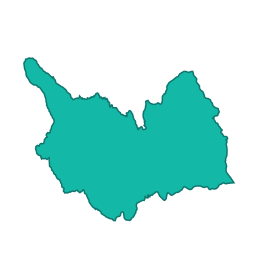 Port-Berge (Boriziny-Vaovao), Sofia, Madagascar, rotated 167°
{"feature_id": "10022922B55197674782137", "entity_name": "Port-Berge (Boriziny-Vaovao)", "entity_type": "district", "adm_level": 2, "iso_a3": "MDG", "parent_name": "Madagascar", "parent_adm1": "Sofia", "projection": "equal_earth", "projection_center": [47.778, -15.801], "detail": "fine", "context": "isolated", "style": "filled", "palette": "teal", "viewbox_px": 256, "rotation_deg": 167, "n_neighbors": 0, "source": "geoboundaries", "source_scale": "gbopen_adm2", "svg_char_len": 5847}
<svg xmlns="http://www.w3.org/2000/svg" viewBox="0 0 256 256"><g transform="rotate(167 128 128)"><path d="M212.3,218.1L212.8,216.5L214.3,215.5L214.9,214.2L215.4,209.2L214.9,205.4L215.3,202.7L215.2,200.9L214.2,198.8L212.9,194.3L210.2,191.2L207.6,190.4L206.4,188.1L205.6,187.9L204.6,186.8L202.9,182.3L202.0,180.7L201.5,174.2L201.9,171.9L201.7,170.4L202.2,168.4L201.8,167.5L201.9,166.6L201.6,166.2L201.7,165.2L200.8,163.8L201.1,162.1L200.5,161.3L200.2,159.6L200.2,158.3L199.4,156.8L199.2,154.8L198.5,153.5L198.4,150.9L198.8,150.1L202.2,146.5L202.6,145.0L204.4,142.9L204.9,141.1L205.5,140.9L207.3,141.5L208.8,140.4L209.3,139.3L208.9,137.2L210.1,137.0L212.1,135.4L212.5,134.0L213.5,132.2L213.9,131.9L215.0,131.9L215.6,132.3L216.7,132.4L217.7,131.8L218.5,130.4L220.0,131.4L221.7,130.8L222.1,130.1L222.0,129.6L222.7,128.5L222.5,125.7L222.6,123.7L221.6,122.1L219.4,120.5L219.4,118.6L219.1,117.2L218.4,117.6L216.6,116.9L215.7,116.9L215.0,116.7L214.0,115.6L211.6,116.7L213.0,108.3L211.7,106.6L211.8,104.1L210.5,102.4L210.6,100.5L210.1,99.5L209.3,99.0L208.3,94.6L207.8,94.3L207.4,93.5L206.3,93.1L205.7,89.4L205.3,88.5L205.6,85.5L205.3,84.8L204.3,84.2L204.0,83.6L204.2,82.6L204.8,82.1L205.1,81.1L204.1,78.8L203.0,79.1L202.3,78.5L200.6,78.4L199.3,79.0L198.8,78.5L196.1,79.1L194.5,78.2L191.7,78.9L191.2,78.6L191.0,77.6L189.4,75.8L188.6,76.4L187.5,76.4L185.8,77.8L185.2,77.8L184.9,77.0L184.9,74.0L183.6,72.9L183.1,69.3L182.3,66.2L182.5,64.6L180.8,60.3L179.8,58.5L178.8,57.5L178.1,56.1L177.2,56.8L175.9,55.0L175.7,55.4L175.4,55.2L173.2,52.3L173.2,50.8L173.0,50.4L169.9,47.3L169.4,46.4L166.2,43.9L163.9,42.9L162.9,41.1L161.3,40.6L160.3,42.4L159.3,43.5L158.3,44.0L156.2,43.9L155.4,44.3L155.0,44.6L154.4,46.3L152.9,47.5L152.2,47.5L151.7,47.1L151.4,46.2L151.9,41.4L151.3,39.7L150.2,38.6L148.1,38.2L147.1,37.6L146.1,37.8L144.7,39.3L142.9,40.1L141.3,41.6L140.5,43.0L139.7,43.4L138.7,45.7L137.6,46.5L137.3,48.2L137.5,49.8L136.8,52.0L136.2,52.7L130.7,54.1L129.8,54.2L128.6,53.8L127.8,54.6L126.7,57.4L126.3,57.3L125.8,55.9L124.4,55.4L123.9,55.7L124.1,57.5L123.7,58.1L123.1,57.9L122.5,56.3L122.2,56.1L121.3,57.5L119.3,57.1L118.4,58.0L116.9,58.4L115.1,59.5L113.3,58.8L112.5,54.7L110.0,50.7L109.2,49.6L108.6,49.3L107.3,49.9L106.7,50.6L104.9,54.7L104.2,55.7L103.8,55.9L103.1,55.5L101.3,53.0L100.5,52.6L98.6,53.1L95.9,54.3L93.5,54.1L92.5,54.4L89.2,55.8L87.8,57.4L86.9,57.9L86.0,58.0L82.3,54.5L81.2,54.0L79.7,54.1L78.0,55.5L77.1,55.9L74.6,56.2L70.4,55.2L68.3,53.5L67.0,52.9L64.4,53.2L63.5,52.4L62.7,50.0L61.8,49.5L59.9,50.1L57.6,49.1L55.5,49.1L53.5,50.3L51.9,52.1L49.7,52.4L47.5,53.2L45.3,51.7L41.0,51.4L37.1,50.8L39.3,56.6L41.6,61.5L42.1,63.4L42.1,64.2L41.7,66.1L40.6,68.4L40.5,69.1L40.8,73.7L40.1,74.4L39.8,76.2L38.2,78.4L37.6,79.8L36.5,84.1L36.0,87.7L36.1,90.3L34.7,92.0L34.7,93.5L35.2,93.9L35.2,94.3L33.9,94.7L33.4,95.2L33.3,96.3L33.8,97.2L34.4,97.7L36.0,98.0L36.6,98.4L37.5,101.4L38.4,102.2L38.5,103.4L38.2,103.9L37.1,104.2L36.8,104.7L36.8,105.2L37.8,106.4L38.3,108.1L39.5,110.2L39.5,112.1L39.9,112.6L41.0,112.9L42.1,116.5L43.2,118.4L42.9,118.8L42.3,118.2L41.9,118.4L41.9,119.3L41.4,119.9L39.5,120.1L38.7,119.8L37.5,120.3L37.1,121.6L35.7,122.8L35.5,123.7L35.9,125.1L35.7,126.3L36.0,126.8L37.6,127.6L39.9,129.9L40.2,130.9L40.3,133.3L41.2,134.7L41.4,136.8L41.7,137.3L43.1,138.3L43.4,138.8L44.7,139.1L45.6,139.6L46.5,141.2L46.3,142.6L46.8,146.1L47.2,146.9L48.4,148.0L49.2,149.8L49.3,151.1L48.9,153.0L50.9,157.3L50.9,158.3L50.2,159.7L50.1,160.8L52.2,164.6L52.2,165.6L52.0,166.3L52.2,168.5L52.8,168.8L56.9,168.6L58.3,169.8L60.7,170.6L65.4,169.1L67.5,166.9L69.5,166.6L73.3,164.7L77.6,163.1L80.6,160.1L81.0,158.9L81.1,157.3L82.9,155.2L83.8,153.3L84.3,153.0L84.8,153.2L85.2,153.0L85.5,152.5L86.7,151.8L87.6,150.5L88.5,146.4L89.8,144.3L91.3,143.8L91.7,144.6L93.2,145.8L95.4,144.9L96.5,145.2L97.4,145.0L100.8,147.0L101.4,147.9L102.4,150.4L104.7,150.0L105.3,146.1L105.8,145.7L106.9,142.8L109.4,140.1L109.5,138.8L110.2,138.2L110.3,137.4L110.7,135.0L110.2,131.4L109.9,130.7L110.1,130.3L110.6,130.5L110.8,128.3L111.1,127.5L111.0,127.0L111.7,126.9L111.0,125.5L110.4,124.9L110.3,124.0L111.3,123.0L113.5,123.0L113.8,123.3L114.2,125.9L114.9,126.3L116.1,125.4L117.5,125.5L118.1,124.3L118.4,124.2L118.8,125.7L119.0,129.3L119.8,130.3L119.3,132.0L119.3,133.0L120.3,135.3L120.5,140.4L121.1,142.0L121.4,143.4L122.0,144.3L122.6,144.6L123.1,144.4L124.5,142.8L125.6,143.0L126.3,142.8L126.4,142.2L126.0,141.5L126.1,140.0L127.2,139.5L127.6,140.5L129.4,141.2L130.2,142.3L131.2,142.4L131.9,143.4L132.0,144.6L133.5,146.4L134.8,150.3L138.3,151.3L138.5,152.0L138.2,153.5L138.5,154.1L139.1,154.2L140.0,153.6L140.9,151.9L140.9,152.7L140.5,153.4L141.0,155.0L140.5,155.6L140.4,157.0L141.1,158.0L141.7,158.1L141.5,158.8L141.7,159.1L141.5,160.2L142.0,161.5L143.3,160.9L143.9,161.5L143.7,162.7L144.8,162.4L144.8,163.0L145.0,163.0L145.0,162.5L145.8,162.0L146.0,162.4L146.4,162.2L146.8,162.8L146.9,163.7L147.2,164.1L147.6,163.6L148.1,164.0L148.5,163.9L148.6,165.9L149.1,166.6L148.9,167.5L149.3,167.7L149.5,168.5L150.1,169.0L151.8,168.4L153.2,166.8L154.2,166.9L154.4,166.1L155.3,166.4L155.9,166.0L156.2,166.4L156.8,166.6L157.9,165.5L158.5,165.9L159.3,165.4L160.7,166.5L161.0,166.2L161.1,165.5L161.8,165.1L163.5,165.9L163.8,166.4L164.9,166.4L165.5,167.1L165.9,166.8L166.0,167.4L166.7,167.0L166.9,168.0L168.0,170.1L168.7,168.6L169.7,167.8L170.2,168.5L171.9,168.6L175.1,167.9L175.5,168.5L175.8,169.5L176.6,170.3L176.7,173.7L179.1,176.4L179.9,179.1L182.3,182.3L184.1,183.8L184.9,184.9L185.6,185.2L185.9,186.0L186.8,186.6L188.1,188.2L188.2,191.2L188.9,192.1L189.5,195.3L189.6,194.6L190.4,193.8L193.8,199.2L194.8,199.9L195.6,199.7L196.0,200.9L196.6,201.9L197.6,202.3L198.7,205.6L200.0,206.2L200.3,207.5L200.9,208.5L201.2,210.1L202.0,211.0L202.2,213.6L202.6,214.6L204.1,215.7L204.5,216.8L205.5,217.6L207.0,217.6L208.3,218.4L209.8,218.3L211.2,217.9L212.3,218.1Z" fill="#14b8a6" stroke="#0f766e" stroke-width="1.5"/></g></svg>